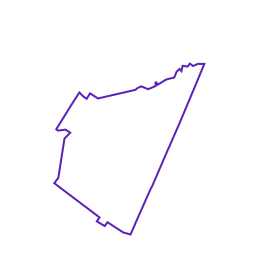 Cherokee, Alabama, United States of America, rotated 33°
{"feature_id": "52423323B74850919464616", "entity_name": "Cherokee", "entity_type": "district", "adm_level": 2, "iso_a3": "USA", "parent_name": "United States of America", "parent_adm1": "Alabama", "projection": "mercator", "projection_center": [-85.586, 34.233], "detail": "fine", "context": "isolated", "style": "outline", "palette": "violet", "viewbox_px": 256, "rotation_deg": 33, "n_neighbors": 0, "source": "geoboundaries", "source_scale": "gbopen_adm2", "svg_char_len": 811}
<svg xmlns="http://www.w3.org/2000/svg" viewBox="0 0 256 256"><g transform="rotate(33 128 128)"><path d="M181.9,177.8L180.2,166.8L179.9,163.4L172.9,122.3L172.9,121.6L172.1,117.4L172.0,116.2L171.0,110.6L168.8,96.9L167.8,91.6L165.0,75.8L160.2,49.2L158.5,40.3L157.5,34.7L157.1,32.7L151.8,36.1L148.8,40.6L144.8,40.3L144.5,44.0L140.0,46.1L141.8,51.2L139.1,50.4L138.1,54.5L139.3,60.4L133.6,66.6L129.3,75.6L127.0,74.3L126.3,74.8L128.3,77.7L123.9,84.4L116.4,85.9L114.3,89.2L113.4,92.0L86.7,119.6L77.3,119.6L77.4,126.0L72.8,125.8L67.9,124.7L67.9,138.9L68.5,168.1L70.7,168.3L76.5,163.4L82.1,163.4L80.5,171.5L96.7,207.7L96.2,214.4L103.5,215.0L152.8,218.5L152.7,223.3L161.9,222.9L162.1,218.2L180.9,218.2L188.1,215.9L186.2,204.1L186.0,203.4L182.4,180.6L181.9,177.8Z" fill="none" stroke="#5b21b6" stroke-width="2"/></g></svg>